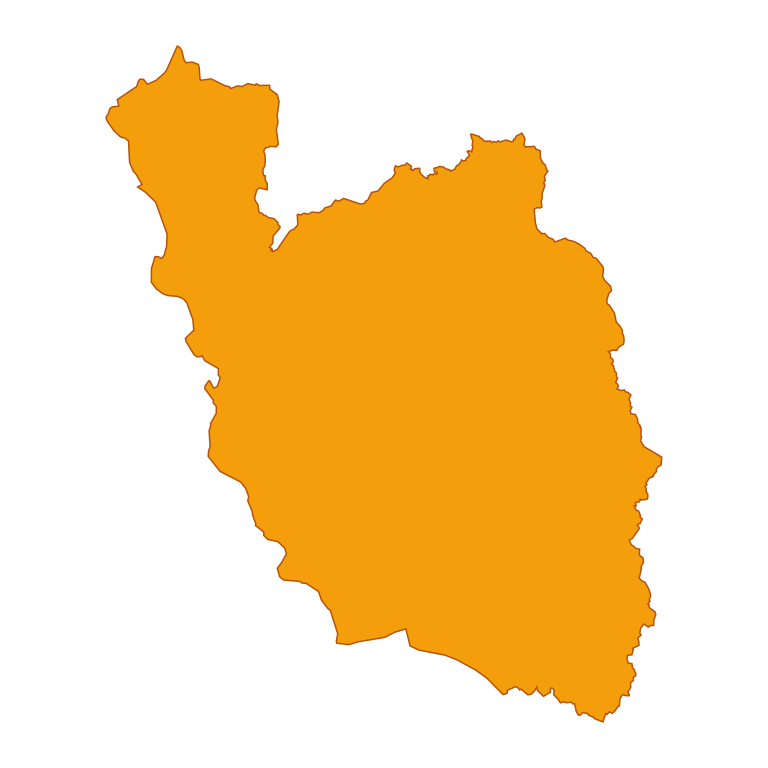 Magway, Magway, Myanmar
{"feature_id": "60261553B24389889044331", "entity_name": "Magway", "entity_type": "district", "adm_level": 2, "iso_a3": "MMR", "parent_name": "Myanmar", "parent_adm1": "Magway", "projection": "mercator", "projection_center": [95.349, 20.285], "detail": "fine", "context": "isolated", "style": "filled", "palette": "amber", "viewbox_px": 768, "rotation_deg": 0, "n_neighbors": 0, "source": "geoboundaries", "source_scale": "gbopen_adm2", "svg_char_len": 6100}
<svg xmlns="http://www.w3.org/2000/svg" viewBox="0 0 768 768"><path d="M521.8,133.2L516.2,136.1L514.9,139.2L513.6,139.3L513.4,140.9L511.3,141.8L506.0,140.0L500.0,142.0L498.1,140.8L496.6,142.3L493.5,141.6L491.9,142.6L490.6,141.1L484.2,141.2L481.7,138.3L480.2,138.1L479.5,136.5L471.3,134.0L470.6,134.7L472.7,141.0L472.2,145.8L473.2,147.7L472.0,149.3L471.9,151.8L468.4,150.7L467.2,151.3L469.5,155.5L466.3,158.4L465.7,160.5L463.1,160.9L461.4,159.9L461.0,161.7L458.3,165.0L456.6,165.6L455.0,168.9L450.5,171.3L449.5,169.7L446.3,169.0L442.8,166.8L438.7,166.5L437.6,167.6L434.8,167.9L433.9,168.6L434.5,171.9L437.0,172.2L437.2,173.9L433.8,173.9L433.1,174.9L429.9,174.3L429.2,175.6L427.7,175.9L427.9,178.8L424.1,177.0L420.8,173.9L419.8,171.9L419.7,168.3L415.0,168.6L412.4,170.6L411.5,169.1L410.5,169.2L411.4,166.3L406.7,163.0L405.2,165.1L402.3,165.2L398.2,166.9L395.4,165.8L394.2,169.8L395.3,173.3L392.0,177.9L384.4,183.2L378.0,191.0L371.4,192.5L367.9,200.0L365.5,201.2L364.7,203.2L360.6,204.1L343.7,198.4L338.9,201.1L335.4,200.1L330.9,206.0L325.0,207.8L322.4,210.9L318.9,212.7L312.0,212.1L308.3,214.2L304.0,213.2L300.3,215.2L298.5,214.2L297.3,214.7L297.8,224.1L297.2,225.7L294.0,229.0L289.6,231.3L277.2,249.5L272.7,251.6L272.3,250.2L271.0,250.6L271.8,248.5L269.4,247.2L272.8,243.2L273.1,236.0L279.6,228.5L280.1,226.6L277.9,224.3L277.9,222.4L274.0,218.7L268.0,217.4L265.3,215.3L263.9,215.4L262.1,213.3L259.0,212.5L258.0,204.8L255.1,200.3L254.7,197.6L256.7,190.2L258.9,187.9L267.2,189.8L267.3,183.6L265.4,180.5L265.2,175.7L263.9,175.9L263.0,172.6L263.0,169.2L264.8,166.1L265.3,159.8L264.8,153.9L263.6,151.2L265.4,148.0L271.1,146.4L276.2,146.8L278.3,144.3L276.4,129.5L278.0,122.0L277.1,115.7L279.1,101.7L277.2,94.6L269.9,89.2L269.5,85.3L259.8,85.5L256.2,83.8L255.3,85.2L248.0,83.6L242.1,86.5L237.6,85.9L230.7,88.5L229.5,86.8L224.5,85.5L211.2,78.9L201.1,80.2L200.0,79.2L199.2,67.4L198.3,64.4L192.1,62.1L186.2,62.7L184.3,60.5L181.7,50.4L179.7,47.4L177.2,46.1L166.8,69.7L164.3,73.2L155.8,80.5L147.4,84.3L143.6,79.4L139.8,79.2L138.2,81.6L136.7,86.5L117.3,99.6L118.8,106.1L112.1,107.0L110.0,108.4L108.1,114.2L106.3,116.5L106.3,119.0L108.3,122.8L114.3,131.1L120.3,136.8L125.2,138.3L128.5,141.0L129.6,162.6L133.4,171.4L136.3,174.5L142.0,184.5L137.6,187.0L145.4,192.2L155.7,202.3L167.1,234.0L166.6,246.2L164.2,255.0L161.9,258.5L158.5,256.8L155.1,256.6L151.5,268.3L151.3,282.2L156.4,288.9L163.5,294.1L168.1,295.6L176.9,296.3L181.2,297.8L183.4,298.9L186.8,302.8L192.8,319.3L193.8,330.2L185.4,338.3L186.0,341.4L194.0,354.6L196.9,356.7L200.0,356.8L202.0,355.7L204.8,360.7L218.4,368.6L218.3,374.8L220.2,377.7L217.5,385.9L214.6,388.1L213.4,387.8L209.9,381.1L208.8,380.8L205.1,385.8L204.8,388.6L213.4,400.3L213.2,402.8L216.3,406.4L216.3,413.3L210.6,423.3L210.6,426.1L209.1,430.7L210.1,446.8L208.6,450.8L208.2,456.4L220.1,471.4L240.7,482.1L245.7,488.4L248.7,496.4L247.8,500.9L252.2,511.5L252.8,515.7L255.8,523.7L255.4,525.4L262.9,531.4L263.9,532.9L263.7,535.4L267.8,539.4L278.0,541.7L284.8,548.2L286.4,553.8L282.1,561.8L277.3,568.3L279.7,576.8L283.6,580.0L300.0,581.5L302.1,583.1L306.0,583.3L318.5,591.5L321.5,600.2L327.7,608.4L330.3,610.4L337.7,633.6L336.3,641.8L336.7,643.2L348.7,644.6L358.6,641.7L384.8,637.3L395.1,632.1L405.9,628.9L410.1,646.0L419.2,650.2L444.9,655.1L456.5,659.6L475.6,670.0L487.3,678.5L503.1,694.6L507.0,693.4L507.6,690.2L515.5,686.7L517.6,687.5L519.7,690.0L521.2,689.1L527.9,694.8L530.7,694.4L534.1,691.6L536.9,687.0L537.4,690.4L543.4,696.3L550.3,692.4L550.5,689.0L551.2,688.0L552.5,688.3L554.2,690.1L553.7,694.7L558.4,699.6L559.9,702.3L561.0,702.9L562.6,701.8L566.9,702.7L571.3,702.2L573.1,703.9L574.7,703.9L576.2,711.3L578.5,715.2L580.5,715.0L582.6,712.7L587.9,713.6L588.6,715.2L593.7,717.3L593.9,718.4L603.0,721.9L605.7,713.6L607.0,714.5L609.4,711.8L612.2,713.3L614.7,711.3L618.0,706.5L619.4,705.9L619.9,699.1L621.9,695.4L623.1,694.5L624.4,695.4L629.1,695.8L629.4,694.6L627.8,692.1L630.7,687.6L630.6,682.5L633.3,680.6L633.4,677.7L635.7,675.6L635.8,673.5L634.6,671.5L634.7,670.0L632.6,668.2L631.9,663.6L628.3,663.1L626.9,659.0L627.6,655.3L631.9,654.8L633.3,649.6L632.5,648.4L639.0,645.3L638.8,641.3L637.7,638.1L641.1,635.0L639.8,633.2L640.6,628.3L644.0,624.1L648.4,627.1L650.3,625.6L653.7,625.4L653.8,620.3L655.8,614.4L654.9,611.7L650.0,608.2L649.0,606.6L649.1,604.8L647.8,604.0L650.0,601.2L649.3,599.9L650.6,595.8L650.3,593.7L648.5,588.4L644.9,582.1L641.6,580.8L639.2,578.1L641.3,569.4L641.0,566.4L643.5,562.5L643.0,557.9L639.5,555.3L639.6,549.1L636.4,548.7L631.0,544.3L629.2,540.1L632.2,538.6L639.2,528.7L638.8,526.6L637.2,525.3L638.2,524.0L639.9,523.8L642.3,519.0L640.0,517.1L640.5,515.9L638.7,511.1L636.3,510.3L634.0,506.0L636.2,506.0L635.5,502.5L639.1,501.9L640.2,499.2L641.1,500.1L646.9,499.3L647.8,497.8L647.8,494.0L646.4,492.3L646.1,488.2L645.0,486.3L646.9,484.7L645.9,483.3L649.3,478.0L653.4,476.4L653.4,474.8L656.5,471.5L656.3,469.4L657.9,466.9L661.1,465.0L661.7,457.1L644.0,446.6L640.4,440.4L641.6,437.2L640.9,434.9L641.1,428.0L639.9,427.0L640.4,426.0L638.0,423.1L637.5,418.6L635.2,414.4L631.2,413.9L630.7,413.0L630.3,410.3L631.9,407.1L630.0,406.1L630.6,403.5L629.1,399.0L630.9,394.9L628.1,392.5L625.2,391.6L624.4,389.9L621.3,390.6L617.0,388.9L618.3,386.6L617.8,384.5L615.7,382.5L617.7,377.9L616.5,377.0L616.4,373.0L614.8,371.2L613.3,365.5L611.5,363.9L613.2,362.0L612.8,359.2L610.6,357.9L610.3,353.6L608.4,351.6L613.0,350.1L616.8,350.4L618.7,347.1L623.4,344.2L624.1,341.0L623.7,336.1L622.4,333.3L622.4,330.4L619.6,325.6L616.3,322.2L614.5,313.3L609.6,305.5L607.0,303.6L606.9,299.8L608.9,293.2L611.5,290.8L610.5,286.1L605.0,280.9L602.6,276.2L603.6,269.6L602.8,266.6L596.3,258.3L592.8,257.2L591.1,253.7L586.1,250.8L584.9,248.4L579.3,244.2L573.7,241.4L568.1,240.1L565.4,238.2L554.8,242.0L552.9,239.2L548.4,237.5L544.7,233.4L541.9,233.7L537.0,229.0L535.3,222.5L534.2,209.0L537.6,207.5L539.7,208.1L541.9,207.0L541.2,201.1L542.0,199.1L542.3,193.1L544.9,185.5L543.7,182.6L545.4,180.2L544.3,176.2L547.9,171.2L546.7,169.9L545.4,165.3L542.3,162.1L540.4,157.8L540.3,150.8L535.8,149.0L534.4,146.4L525.4,146.9L524.0,144.9L525.0,138.5L521.8,133.2Z" fill="#f59e0b" stroke="#b45309" stroke-width="1.5"/></svg>